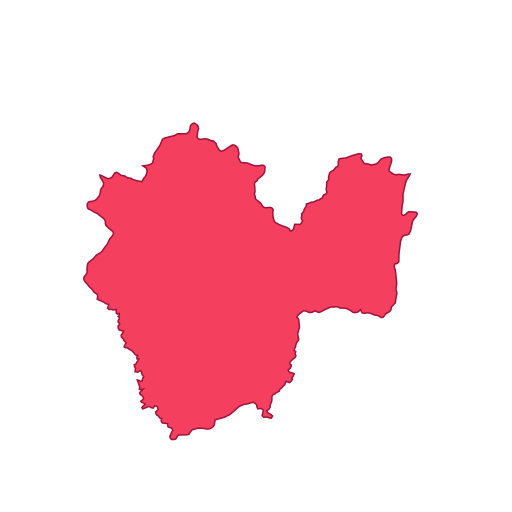 Ibiá, Minas Gerais, Brazil, rotated 240°
{"feature_id": "56859067B12379511984109", "entity_name": "Ibiá", "entity_type": "district", "adm_level": 2, "iso_a3": "BRA", "parent_name": "Brazil", "parent_adm1": "Minas Gerais", "projection": "natural_earth1", "projection_center": [-46.592, -19.604], "detail": "fine", "context": "isolated", "style": "filled", "palette": "rose", "viewbox_px": 512, "rotation_deg": 240, "n_neighbors": 0, "source": "geoboundaries", "source_scale": "gbopen_adm2", "svg_char_len": 6073}
<svg xmlns="http://www.w3.org/2000/svg" viewBox="0 0 512 512"><g transform="rotate(240 256 256)"><path d="M144.1,347.8L145.8,353.2L150.9,357.3L152.5,358.9L154.2,359.8L156.9,360.3L161.8,364.1L173.7,369.5L177.2,370.2L178.6,371.1L179.7,372.4L178.9,374.5L179.5,376.7L186.5,381.0L196.3,388.4L198.9,391.4L199.7,393.2L199.6,395.4L198.7,397.4L198.5,399.5L200.8,402.7L207.8,409.0L208.8,410.7L210.3,414.8L211.9,416.8L213.6,416.7L214.6,415.6L218.0,410.3L217.9,408.5L217.3,406.5L217.3,404.3L218.3,403.3L219.9,403.2L226.4,407.6L229.8,410.6L236.0,414.2L244.2,421.7L246.9,425.0L248.9,429.1L249.9,430.6L250.8,428.8L252.1,424.6L255.3,420.6L256.1,418.4L257.3,416.5L262.9,413.7L264.8,414.7L268.9,419.4L270.7,421.1L272.5,422.1L274.7,421.6L276.0,419.1L277.0,416.2L277.4,412.4L275.7,408.3L275.8,405.4L277.2,401.3L279.5,399.3L282.0,396.0L288.4,395.6L289.8,397.9L291.7,398.2L293.2,396.3L294.8,389.9L296.1,382.3L297.0,380.7L298.6,376.6L297.3,375.0L295.6,373.8L293.7,372.9L292.7,371.3L292.9,369.5L291.5,365.9L291.6,363.1L291.3,361.4L287.8,358.0L286.1,357.5L284.6,354.2L280.5,351.6L278.9,350.2L275.5,349.1L274.7,347.6L275.1,345.1L273.1,342.3L273.3,340.4L273.0,338.6L273.7,337.0L274.0,332.6L275.0,330.7L275.2,328.3L275.9,325.7L274.1,324.5L272.2,320.8L271.1,320.0L270.2,318.3L269.7,316.5L268.1,315.9L266.6,314.4L264.8,313.8L263.3,314.0L262.1,312.3L261.3,310.1L264.1,305.4L260.3,301.6L260.0,299.8L260.4,298.3L262.9,298.3L264.6,297.4L266.0,296.5L268.5,294.2L271.3,292.0L275.5,289.4L277.4,289.3L279.1,289.7L281.9,290.6L284.8,292.0L287.6,294.1L289.5,293.9L291.1,292.5L292.6,289.2L293.4,287.9L294.6,286.9L296.6,286.5L298.4,286.6L299.9,286.4L305.3,284.1L308.2,285.2L310.5,285.6L311.9,287.1L316.2,289.4L319.4,290.8L320.4,292.2L320.7,294.8L321.8,296.2L322.6,301.9L323.7,304.4L325.1,306.0L328.6,308.4L330.6,308.0L331.8,306.5L332.8,303.3L334.8,299.9L341.2,294.7L343.7,290.5L345.4,289.6L350.4,290.0L353.4,292.6L358.7,294.2L361.1,293.7L362.9,292.6L364.0,291.2L364.0,287.9L363.5,281.4L364.0,278.4L365.7,277.3L368.9,277.0L371.4,277.1L373.2,277.7L377.0,276.6L378.3,274.8L381.5,272.5L382.8,270.8L385.1,265.7L386.5,264.5L388.2,264.3L393.4,268.1L395.1,270.1L397.3,270.7L399.1,270.5L402.1,268.9L402.4,267.3L401.8,264.6L398.8,262.1L397.0,260.1L396.7,257.3L397.4,255.6L401.1,249.1L401.0,245.5L402.4,241.3L404.1,234.4L403.4,232.8L400.0,228.3L396.3,220.6L395.1,218.7L393.3,216.5L391.6,216.1L388.3,212.9L388.1,211.1L388.4,209.2L389.0,206.9L390.6,203.1L386.9,204.9L385.5,204.7L383.6,204.0L380.8,200.9L380.0,199.6L379.6,197.9L377.5,194.4L381.0,190.2L384.2,187.3L385.7,186.8L387.7,184.2L389.4,183.0L390.7,182.6L393.3,179.5L396.7,178.1L398.3,177.0L398.5,175.0L396.3,170.8L396.3,168.4L397.1,166.2L402.8,162.5L404.1,161.2L401.7,160.5L397.8,160.7L395.0,160.4L393.5,159.0L392.5,157.7L391.8,155.7L390.6,154.3L387.8,152.0L386.4,150.1L385.6,148.2L384.8,145.8L384.6,143.8L385.4,141.2L386.1,139.8L386.5,137.9L385.7,136.2L384.1,134.9L381.9,134.2L380.6,134.3L378.2,136.1L374.9,137.9L372.1,139.8L364.7,142.8L362.6,143.0L361.1,142.8L359.4,141.7L357.6,141.3L354.0,142.2L350.2,143.7L348.0,144.2L346.4,143.6L345.3,141.7L343.9,137.8L340.4,132.8L339.7,130.6L337.0,124.9L336.7,123.3L336.6,118.3L334.9,113.2L334.3,108.3L333.5,106.5L332.5,105.4L328.6,102.7L326.4,101.6L325.2,100.1L324.1,97.1L322.7,95.6L321.4,95.1L318.5,95.1L316.7,95.7L312.3,96.3L310.3,97.1L305.6,97.7L301.8,99.4L299.7,98.4L298.3,96.9L296.7,97.7L291.9,101.3L290.0,102.0L287.7,104.2L285.0,101.5L283.4,101.8L282.1,104.1L280.7,105.2L279.4,108.4L277.8,107.1L276.1,106.4L274.8,107.2L274.6,108.8L272.9,108.0L272.6,106.4L271.2,106.9L269.9,106.1L269.2,104.6L267.7,103.5L266.2,104.1L264.9,103.7L264.5,101.7L262.3,100.5L260.1,100.6L257.2,103.7L255.9,101.9L254.9,99.7L253.1,98.9L250.7,99.6L248.9,99.3L245.9,100.1L243.3,96.3L241.8,97.1L240.8,98.7L239.4,99.2L235.7,101.3L231.3,102.1L229.9,102.7L229.0,103.9L227.8,102.0L226.3,101.5L225.4,103.1L224.2,101.2L223.7,99.6L222.6,98.3L222.7,96.2L221.0,95.5L219.1,95.5L216.2,93.4L214.5,95.6L214.7,98.0L213.3,99.2L211.7,98.3L209.6,98.1L207.7,98.4L206.5,96.5L204.9,95.0L205.1,93.4L206.5,92.7L208.0,91.2L201.8,90.1L200.4,89.6L199.0,88.3L197.9,89.5L197.2,91.7L196.4,88.5L195.5,86.6L193.9,86.5L192.4,87.4L190.6,87.7L188.7,87.4L188.1,85.6L187.9,83.6L186.4,83.8L184.9,85.1L182.9,86.0L182.7,83.7L181.8,81.4L180.2,81.4L179.4,87.4L178.5,88.8L177.2,89.2L175.7,90.9L176.9,93.3L175.6,95.0L174.2,95.1L171.9,94.5L171.2,91.2L169.4,90.5L167.9,90.5L166.3,91.4L163.9,91.6L162.4,93.0L160.9,91.5L159.4,91.2L158.0,91.6L155.0,95.7L152.3,94.4L151.0,95.0L149.2,96.9L146.5,96.7L145.4,94.4L144.2,93.1L143.0,91.3L141.4,90.7L139.4,91.0L138.2,92.9L137.6,95.1L139.7,98.8L138.9,101.0L135.5,107.0L135.2,108.9L136.4,111.1L137.4,113.8L136.8,116.4L136.0,119.2L133.9,123.0L130.2,127.7L129.5,129.7L129.5,133.3L130.7,135.6L134.5,138.6L132.1,148.1L131.8,154.4L132.9,160.5L134.0,165.4L134.0,167.7L133.4,172.2L132.3,174.2L131.3,178.5L130.5,180.6L128.7,181.7L126.7,182.0L124.5,181.3L122.8,181.1L121.3,184.1L119.7,185.1L118.4,185.0L114.7,181.5L112.6,182.0L110.7,185.4L109.2,186.5L107.9,188.1L109.1,190.4L111.3,189.7L114.9,187.6L116.7,188.1L116.7,190.2L117.8,192.5L119.8,193.7L122.3,197.0L126.5,199.7L127.5,201.6L127.0,203.4L127.5,205.0L127.3,208.4L128.7,210.2L129.1,212.7L130.0,215.0L130.1,216.6L131.3,217.6L132.3,219.5L129.6,221.7L130.0,223.8L131.0,225.9L132.5,226.2L133.3,228.1L134.9,230.2L136.5,229.1L137.9,227.4L139.6,226.6L141.3,226.9L141.6,229.4L142.7,231.1L144.0,232.1L145.8,231.2L147.2,232.6L147.9,234.8L148.7,239.4L149.6,240.7L151.7,240.9L153.4,242.6L155.2,241.8L156.6,243.2L157.5,244.8L159.0,245.9L160.5,247.7L162.1,251.2L167.9,253.2L172.6,258.1L180.2,261.4L182.6,260.8L183.7,262.8L184.2,264.8L184.8,269.6L183.9,271.2L180.4,273.9L179.3,276.1L178.9,279.7L175.7,282.1L175.3,284.2L175.0,290.4L174.3,295.6L173.1,297.3L172.5,299.0L171.2,301.1L168.6,303.1L166.5,306.8L164.9,308.4L161.7,310.5L158.6,311.9L157.7,313.0L156.6,315.9L156.8,317.7L157.4,319.6L153.6,319.5L152.1,321.3L151.2,323.9L149.7,326.0L145.2,329.5L144.3,331.0L142.7,332.4L140.9,333.1L139.8,334.1L139.4,335.7L140.9,339.0L141.2,341.5L141.0,343.5L141.5,345.5L144.1,347.8Z" fill="#f43f5e" stroke="#9f1239" stroke-width="1.5"/></g></svg>